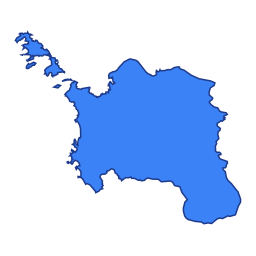 Aceh Besar, Aceh, Indonesia (Mercator projection)
{"feature_id": "22746128B90547447297479", "entity_name": "Aceh Besar", "entity_type": "district", "adm_level": 2, "iso_a3": "IDN", "parent_name": "Indonesia", "parent_adm1": "Aceh", "projection": "mercator", "projection_center": [95.268, 5.409], "detail": "fine", "context": "isolated", "style": "filled", "palette": "blue", "viewbox_px": 256, "rotation_deg": 0, "n_neighbors": 0, "source": "geoboundaries", "source_scale": "gbopen_adm2", "svg_char_len": 5536}
<svg xmlns="http://www.w3.org/2000/svg" viewBox="0 0 256 256"><path d="M214.9,82.8L210.5,80.9L199.2,78.8L191.2,75.2L184.1,70.2L180.5,69.0L179.5,68.1L179.5,67.1L178.3,66.8L174.4,67.5L170.6,69.7L167.8,69.6L164.5,70.6L161.3,70.7L160.3,70.5L160.0,69.8L159.5,71.2L158.2,71.8L156.5,70.5L156.0,72.4L156.7,73.7L156.4,74.6L153.6,76.1L151.6,75.7L150.5,75.0L151.3,75.0L148.4,74.0L145.9,71.9L137.9,61.6L135.8,60.2L129.9,58.9L124.2,61.8L118.3,68.2L117.9,69.4L114.9,71.5L113.0,71.7L109.5,73.5L108.6,75.6L109.0,78.4L111.2,77.6L111.4,78.1L112.5,77.3L113.0,81.1L113.4,82.2L114.5,82.4L114.8,83.1L112.6,84.4L110.3,81.7L109.5,82.2L109.6,83.5L108.5,84.1L108.3,85.7L109.4,85.6L110.3,89.4L108.8,89.4L109.3,90.1L108.8,90.1L108.5,91.2L108.5,92.6L107.6,92.0L105.9,92.1L105.7,94.0L103.8,93.8L102.0,94.6L102.0,93.7L101.1,94.3L100.2,96.3L97.9,96.7L97.8,97.4L96.5,97.3L96.3,96.4L94.1,95.8L92.8,94.1L91.9,94.4L91.2,93.2L89.8,93.3L89.1,91.9L88.5,91.8L89.5,90.0L88.9,88.9L89.1,87.9L89.9,87.8L89.5,87.3L81.9,88.6L81.5,89.3L77.3,88.6L76.4,87.7L76.9,86.5L76.2,86.1L76.1,84.6L77.4,82.5L74.4,81.0L73.3,81.1L73.8,82.4L72.2,82.7L70.5,85.0L71.1,85.9L69.3,90.4L67.4,91.5L64.9,94.4L65.6,94.9L65.4,95.9L66.5,96.0L69.2,99.4L69.6,101.1L71.5,102.1L73.7,101.8L73.9,102.7L74.5,102.7L74.8,104.3L73.9,105.6L75.9,107.0L76.2,109.0L77.6,110.1L78.6,112.9L78.7,114.9L77.3,115.2L77.1,114.8L77.3,115.3L78.1,115.6L78.2,116.8L77.4,117.2L77.0,118.8L74.8,120.0L76.0,122.0L76.6,121.0L77.5,121.3L79.6,125.1L80.5,128.6L80.7,136.8L79.9,138.2L79.3,137.7L78.8,138.3L77.7,142.7L77.9,145.6L75.9,144.0L76.0,141.3L74.9,139.3L74.2,140.1L74.0,143.7L72.5,144.3L74.3,145.5L75.0,147.2L76.9,148.0L77.2,149.5L75.3,152.3L71.7,149.6L71.5,150.6L72.6,150.7L72.1,151.4L73.1,152.6L72.3,153.4L70.5,153.3L70.9,154.2L70.0,155.5L70.9,155.1L70.8,156.0L71.8,156.6L71.8,158.3L72.4,158.9L71.9,158.9L71.7,160.7L69.9,162.9L71.1,163.1L72.0,164.2L72.9,163.3L73.1,162.1L75.2,160.3L77.6,161.2L79.4,163.7L79.7,165.8L79.1,165.6L77.4,166.7L76.6,166.3L75.5,167.6L76.3,169.4L77.1,167.9L78.6,168.7L80.2,170.5L81.0,172.5L80.9,176.1L80.4,176.6L78.0,176.5L78.2,177.6L79.3,177.2L81.4,177.7L83.2,179.8L85.7,184.3L87.1,183.6L90.0,184.9L95.4,191.3L95.8,192.7L99.1,191.0L100.2,189.4L102.7,188.7L101.7,187.2L103.1,185.5L102.0,184.1L102.5,183.6L102.1,182.2L102.5,181.2L99.9,176.9L100.8,175.0L102.3,174.2L105.1,174.1L106.9,172.7L106.7,171.2L108.5,170.8L111.6,168.7L114.2,169.8L115.3,173.1L117.4,174.2L117.5,175.5L118.9,176.2L118.6,178.2L119.7,178.9L120.5,178.5L121.0,178.9L121.5,180.7L125.8,177.6L128.4,177.8L130.8,177.0L131.6,178.3L134.8,178.4L137.9,180.1L139.2,180.3L139.8,179.8L141.5,180.8L144.4,180.4L146.3,178.6L148.1,178.0L152.5,179.1L158.4,179.3L161.3,181.8L170.4,181.0L172.6,182.2L174.6,185.6L179.8,186.7L181.9,192.4L187.3,199.6L184.9,202.2L183.4,208.0L183.4,211.1L184.7,216.0L186.1,218.0L188.1,219.5L195.3,221.4L201.4,222.0L204.0,223.7L208.1,222.9L211.6,223.5L217.3,218.8L220.3,218.0L222.4,218.6L227.8,215.9L229.8,216.4L235.4,214.8L238.3,206.3L240.5,202.2L240.6,199.2L238.1,192.1L231.3,183.5L227.8,180.2L226.3,177.2L225.3,171.8L222.9,169.3L222.9,168.0L225.4,167.7L226.1,166.8L226.6,164.2L227.4,163.4L227.3,161.5L219.9,158.8L218.3,155.6L218.9,154.9L220.9,154.6L220.8,153.4L219.5,152.3L217.0,152.3L215.6,151.3L215.4,146.0L216.6,143.7L216.1,141.6L218.8,138.6L217.8,134.4L218.2,131.6L219.9,130.4L220.3,128.4L217.3,125.9L217.1,123.5L221.1,120.8L222.1,121.3L224.8,119.2L223.7,118.8L224.8,117.7L223.9,117.5L223.7,116.3L227.3,114.4L226.1,112.8L221.2,111.9L219.6,111.1L217.7,107.9L214.1,106.9L211.4,104.9L209.3,102.4L209.3,101.8L212.2,99.4L212.7,98.0L209.2,94.8L209.0,92.8L210.1,88.5L210.7,87.6L214.1,85.5L214.9,82.8ZM28.8,34.2L27.7,32.3L27.5,33.3L24.6,33.3L23.4,34.1L22.4,33.2L19.6,33.5L19.4,34.0L20.7,34.4L20.7,35.4L16.8,38.0L15.4,40.5L17.1,41.8L19.8,40.0L20.5,40.2L21.5,39.0L22.7,38.8L22.8,38.2L24.7,36.9L25.6,37.6L25.9,39.2L25.2,40.9L28.5,41.5L28.5,43.7L27.7,43.5L27.3,44.3L26.4,44.4L25.1,44.1L22.9,45.1L23.4,45.2L23.1,46.1L24.2,46.7L23.3,48.9L24.7,47.8L26.1,47.9L28.2,50.0L28.5,51.3L28.3,52.8L24.2,54.9L25.5,54.5L30.1,54.8L31.4,56.2L31.4,56.9L30.2,57.7L30.0,58.5L28.4,59.2L27.9,60.2L26.8,60.2L27.3,61.2L33.5,58.8L33.5,56.3L31.6,56.3L33.0,55.4L34.3,56.1L36.3,55.5L38.9,55.5L39.0,56.2L40.1,55.6L42.3,56.0L44.2,54.6L48.9,55.7L50.1,57.2L50.5,56.9L51.2,56.2L50.0,54.3L47.6,55.1L47.6,54.3L49.8,53.6L48.4,50.9L47.2,50.8L47.2,49.7L46.4,49.2L45.1,50.1L43.4,49.1L43.2,48.4L41.2,48.2L41.1,47.7L42.7,46.8L42.7,45.8L40.9,43.6L38.6,43.2L36.9,40.4L35.7,40.3L35.4,41.2L34.6,41.5L33.4,41.3L33.4,40.7L32.1,40.8L31.7,39.7L32.1,38.8L29.9,37.7L29.6,36.5L30.3,35.1L31.8,34.9L30.5,34.1L28.8,34.2ZM52.6,57.6L50.4,57.9L49.5,59.0L50.4,59.1L51.5,61.1L51.7,64.9L46.8,67.9L44.7,70.2L45.4,72.3L44.6,73.9L46.3,73.7L46.5,75.3L47.5,76.0L48.6,74.9L49.4,72.6L51.5,72.6L52.0,73.6L51.7,75.7L52.8,76.7L53.2,75.6L53.9,75.3L54.6,75.8L55.6,74.8L56.4,74.9L56.9,74.2L57.7,74.1L57.7,72.6L62.8,71.9L65.1,73.0L64.3,72.4L64.4,71.6L63.2,71.2L61.5,68.9L59.7,68.4L58.8,67.5L58.7,65.8L57.9,65.6L57.3,64.3L57.7,63.1L56.3,64.1L55.3,63.2L55.4,61.3L57.5,60.9L57.4,60.2L55.5,59.9L55.0,58.0L52.6,57.6ZM33.7,62.2L30.1,64.1L29.0,64.3L28.5,63.6L26.6,66.1L26.3,68.1L27.3,68.6L28.8,68.3L29.0,67.5L30.8,66.9L32.9,65.1L34.2,65.3L35.8,63.3L33.7,62.2ZM57.9,87.9L60.5,85.5L57.9,84.7L53.9,87.1L57.9,87.9ZM67.8,79.2L64.8,79.7L62.0,81.3L67.0,80.0L70.7,79.9L67.8,79.2ZM68.1,161.5L67.2,161.9L67.2,162.8L68.3,163.3L68.7,162.1L68.1,161.5ZM72.3,80.7L71.2,79.7L71.3,80.2L72.3,80.7ZM22.6,55.2L22.9,54.6L21.7,54.9L22.6,55.2ZM16.7,42.9L17.2,42.7L17.2,42.3L16.7,42.9Z" fill="#3b82f6" stroke="#1e3a8a" stroke-width="1.5"/></svg>